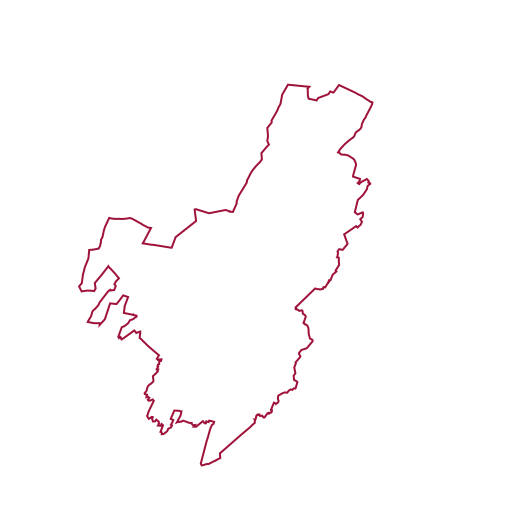 Ļaudonas pag., Madona, Latvia, rotated 138°
{"feature_id": "27541924B83547465612872", "entity_name": "Ļaudonas pag.", "entity_type": "district", "adm_level": 2, "iso_a3": "LVA", "parent_name": "Latvia", "parent_adm1": "Madona", "projection": "natural_earth1", "projection_center": [26.187, 56.69], "detail": "fine", "context": "isolated", "style": "outline", "palette": "rose", "viewbox_px": 512, "rotation_deg": 138, "n_neighbors": 0, "source": "geoboundaries", "source_scale": "gbopen_adm2", "svg_char_len": 6116}
<svg xmlns="http://www.w3.org/2000/svg" viewBox="0 0 512 512"><g transform="rotate(138 256 256)"><path d="M348.3,129.8L348.3,130.2L347.4,130.8L348.0,131.5L347.9,131.6L340.8,135.0L339.8,132.8L339.9,132.7L338.1,132.4L336.7,132.8L336.2,133.2L335.2,135.4L333.1,137.2L332.8,137.3L327.5,136.1L325.6,135.2L324.5,133.6L324.2,133.5L322.1,134.0L319.9,133.8L319.4,133.4L318.6,132.2L316.9,132.4L316.4,132.3L315.8,131.4L315.4,131.2L315.1,131.2L309.6,134.6L309.5,135.0L310.6,138.5L308.2,141.8L305.2,142.5L302.1,147.6L298.3,149.5L298.1,150.2L297.5,150.5L291.2,151.3L290.1,151.8L289.5,154.6L288.7,155.2L285.2,155.8L280.0,153.5L271.2,154.7L270.6,155.2L270.2,155.9L271.1,158.6L268.9,162.9L265.3,167.3L264.4,170.2L265.4,172.9L265.1,173.4L265.6,174.2L265.6,174.4L259.7,177.5L259.1,179.0L259.8,181.8L258.3,183.9L258.1,184.5L258.2,184.9L260.6,186.3L260.8,188.1L262.0,189.5L262.0,190.2L260.9,190.5L260.9,191.3L233.8,192.3L232.8,190.7L230.8,188.4L230.8,188.2L229.3,187.5L229.3,187.3L228.8,187.1L228.1,186.7L227.9,186.7L227.1,187.6L226.7,187.7L225.8,187.0L225.5,186.4L221.0,187.8L220.5,187.6L219.1,188.0L219.4,188.4L218.0,189.1L217.7,189.1L216.8,188.2L211.5,190.8L206.6,190.7L206.7,191.8L206.4,192.0L200.2,193.7L198.6,195.9L195.6,199.4L196.6,200.8L195.8,201.1L193.0,203.4L192.4,204.8L189.6,205.4L187.5,202.6L181.8,203.4L179.8,203.8L176.0,213.1L161.6,211.2L161.5,209.2L159.3,209.3L157.4,209.2L154.4,210.5L154.3,210.9L153.9,213.6L150.7,213.6L147.9,215.9L147.5,217.0L152.7,218.9L153.3,222.4L142.9,229.5L135.6,229.7L129.0,231.4L126.1,233.4L122.7,233.2L122.5,233.7L123.2,234.7L123.4,235.5L122.1,236.1L122.1,239.0L127.5,240.4L129.6,240.6L131.2,240.4L131.6,242.1L129.0,242.4L127.1,243.7L130.8,250.1L129.4,251.2L120.6,256.8L119.7,258.3L118.5,261.9L118.8,263.9L120.2,269.0L121.9,271.5L124.7,274.3L124.8,274.8L125.0,276.1L124.7,277.2L124.9,277.4L125.7,277.8L125.8,278.0L122.4,279.0L115.7,279.7L109.2,279.6L104.2,279.1L102.9,279.3L99.8,280.8L98.9,281.1L94.8,280.6L92.9,280.7L91.3,281.3L89.0,283.2L87.1,284.1L84.2,285.2L83.3,285.4L82.8,285.3L79.9,286.6L70.2,290.2L67.9,291.3L66.7,292.2L66.9,293.0L67.6,293.6L67.8,294.2L69.2,299.5L70.0,303.3L71.8,307.6L73.0,311.1L79.9,327.5L89.0,325.6L89.6,326.3L90.7,328.6L93.9,327.8L104.0,331.8L107.0,331.1L108.0,332.7L111.6,337.6L110.5,340.0L106.4,344.8L105.8,345.8L103.2,346.1L117.6,361.9L128.5,358.4L136.0,352.7L140.5,351.1L142.6,349.9L153.9,346.2L155.0,344.7L161.9,343.6L166.9,337.0L170.6,334.0L171.9,330.1L175.3,329.9L183.2,328.8L186.9,323.9L189.9,323.2L196.0,322.8L201.2,322.0L205.0,320.9L209.8,319.0L212.0,318.3L213.6,316.8L228.4,312.4L233.9,309.5L235.3,307.9L243.7,304.2L245.9,306.6L245.6,306.8L245.7,307.0L247.9,310.6L262.3,319.2L269.1,330.6L269.4,331.1L270.5,331.6L277.1,322.1L303.1,323.8L313.1,318.6L313.9,319.4L323.7,331.6L325.0,333.2L326.3,334.5L331.7,341.2L329.4,341.9L315.3,347.1L317.3,349.5L318.4,352.7L319.2,354.7L319.6,356.4L323.0,366.4L324.3,368.6L327.6,370.7L330.1,372.6L336.4,378.4L338.1,380.3L339.6,382.5L341.6,381.7L349.1,378.5L352.2,376.6L357.4,372.8L360.1,371.9L362.7,369.4L363.3,369.3L365.0,367.8L368.0,366.8L368.1,367.0L369.7,367.8L373.2,370.0L375.9,372.1L382.2,366.3L390.9,362.1L393.1,360.5L396.9,358.1L403.6,352.4L407.8,351.8L409.3,346.4L404.8,343.4L402.2,341.0L399.8,338.3L397.1,339.0L393.8,343.8L383.7,345.2L372.5,347.2L372.8,346.0L372.6,343.8L372.5,337.8L372.8,331.1L376.9,330.9L380.1,329.8L380.1,328.3L380.3,327.6L381.0,327.2L384.2,325.6L385.7,326.7L386.9,327.4L386.8,328.4L389.4,328.7L398.2,327.1L399.9,326.7L403.3,326.2L405.7,325.0L410.7,324.4L412.9,324.5L414.7,324.2L419.0,321.5L423.9,320.1L425.2,319.5L421.1,314.2L417.0,310.5L418.3,309.4L410.7,310.1L396.1,318.4L391.8,313.6L387.0,314.4L381.0,315.6L378.5,311.1L387.5,306.4L387.6,306.1L392.3,302.1L388.2,296.5L386.8,294.6L386.6,294.6L386.7,294.4L384.7,291.6L385.5,290.8L387.5,291.3L388.1,291.2L390.0,291.4L392.5,292.6L396.1,291.6L400.8,291.9L403.4,292.9L412.4,288.1L412.2,287.5L412.6,286.8L411.0,286.7L411.0,285.9L411.7,285.6L411.6,285.0L411.7,283.9L409.0,283.5L396.3,282.1L396.3,279.1L396.4,278.9L392.6,277.3L393.6,276.1L393.9,276.0L397.3,272.9L397.1,271.6L396.9,271.1L396.9,268.1L396.7,266.4L396.5,262.0L395.3,252.3L394.5,247.2L398.6,245.9L398.4,244.2L397.6,244.2L395.4,242.5L396.7,241.6L398.2,242.5L400.4,240.4L401.4,240.9L402.9,240.0L402.7,239.3L403.1,239.0L405.6,238.4L405.7,238.2L404.8,237.2L405.8,237.0L406.0,236.0L406.4,235.9L408.1,235.9L408.4,235.7L413.0,235.7L415.2,232.5L416.0,231.7L416.4,231.4L419.7,231.4L421.4,231.8L424.1,231.3L425.8,230.3L427.6,229.0L430.6,228.6L431.0,227.6L429.8,225.9L431.9,224.4L430.5,223.8L430.2,222.0L432.6,221.6L432.6,220.3L431.8,219.9L431.7,219.5L431.6,219.4L428.7,218.5L428.9,216.7L429.6,216.5L437.9,213.1L441.2,211.6L442.6,210.5L444.0,210.1L444.6,206.7L442.4,206.3L441.3,206.3L440.5,205.5L440.7,205.1L442.0,204.9L443.3,202.0L441.8,200.7L439.6,201.1L439.1,197.9L440.2,196.9L440.2,196.3L442.3,195.6L440.5,193.6L438.6,194.3L438.4,192.4L444.7,189.2L444.1,188.1L445.3,186.6L443.5,185.5L439.1,185.2L437.0,186.3L433.8,185.5L431.8,186.3L432.2,187.5L429.3,188.4L427.2,189.5L428.4,192.0L420.1,195.8L416.8,192.5L415.9,190.9L415.4,190.5L417.5,188.8L419.2,187.8L426.1,185.3L425.5,185.1L422.4,182.9L422.2,183.0L421.9,182.8L420.3,182.4L419.2,180.3L418.8,179.7L417.5,177.0L415.6,175.0L416.1,174.6L415.9,172.3L414.5,171.3L416.5,170.9L414.7,169.2L406.0,168.8L406.1,166.1L405.2,165.2L403.6,166.4L402.5,164.4L402.2,164.3L401.0,165.0L399.8,163.4L398.1,160.8L399.7,159.7L401.9,159.9L406.0,158.0L413.2,153.4L416.5,151.5L435.9,138.7L436.5,136.8L435.9,136.3L431.5,134.2L430.8,133.4L429.9,133.0L422.7,131.1L422.8,131.0L419.2,130.2L417.9,129.7L414.8,133.5L386.1,133.1L375.4,132.7L371.7,132.9L368.6,132.8L368.1,133.5L367.2,134.1L366.9,134.7L366.3,135.0L366.3,135.3L365.9,134.9L365.6,134.9L362.7,137.0L362.0,137.2L361.7,136.8L361.4,136.7L360.6,137.0L360.3,136.5L359.6,136.0L360.1,135.6L359.8,135.2L360.0,134.4L359.6,134.1L359.4,133.8L358.2,133.2L358.4,132.0L358.3,131.5L358.5,131.1L358.4,130.9L358.3,130.7L358.1,130.5L356.9,130.4L356.0,130.8L354.5,131.0L353.4,131.3L352.6,131.4L351.9,131.1L352.2,130.5L351.9,130.1L350.8,130.4L349.8,129.6L349.4,129.5L348.3,129.8Z" fill="none" stroke="#9f1239" stroke-width="2"/></g></svg>